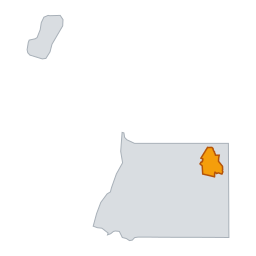 location of Nsoc Nsomo, Kié-Ntem, Equatorial Guinea
{"feature_id": "11065452B43435483695389", "entity_name": "Nsoc Nsomo", "entity_type": "district", "adm_level": 2, "iso_a3": "GNQ", "parent_name": "Equatorial Guinea", "parent_adm1": "Kié-Ntem", "projection": "natural_earth1", "projection_center": [11.077, 1.936], "detail": "fine", "context": "in_parent", "style": "filled", "palette": "amber", "viewbox_px": 256, "rotation_deg": 0, "n_neighbors": 0, "source": "geoboundaries", "source_scale": "gbopen_adm2", "svg_char_len": 2516}
<svg xmlns="http://www.w3.org/2000/svg" viewBox="0 0 256 256"><path d="M228.4,143.4L228.5,162.1L228.6,177.8L228.7,194.9L228.8,212.7L228.8,227.7L228.9,237.5L214.7,237.4L195.7,237.3L176.8,237.3L157.9,237.2L148.4,237.1L138.0,237.1L134.6,237.6L132.3,240.1L129.5,240.6L126.3,238.5L122.3,237.5L121.3,235.4L119.3,231.4L115.4,231.0L113.5,231.4L110.7,233.7L107.5,234.9L108.1,233.0L101.9,228.2L97.4,227.7L93.2,226.2L96.6,213.6L100.8,202.4L107.1,193.9L110.4,191.9L111.5,187.7L116.4,173.9L122.6,162.8L120.7,151.4L122.1,132.4L123.9,132.9L124.2,134.7L124.6,137.4L126.9,139.8L134.6,143.4L157.3,143.4L170.9,143.4L191.0,143.4L212.3,143.4L228.4,143.4ZM48.1,15.4L49.8,15.7L60.2,15.4L63.0,19.6L62.7,25.9L52.0,44.2L50.0,51.9L45.9,58.4L42.3,58.9L29.9,55.1L27.8,52.8L27.1,49.7L28.3,42.4L29.2,40.1L35.1,38.8L37.1,37.6L40.2,29.7L41.3,22.6L43.9,17.2L48.1,15.4Z" fill="#d9dde1" stroke="#a8b0b8" stroke-width="1"/><path d="M214.5,152.3L214.5,152.2L214.5,151.9L214.4,151.8L214.2,151.6L214.0,151.3L213.7,150.9L213.6,150.7L213.4,150.2L213.3,149.8L213.2,149.6L213.0,149.2L213.1,148.9L213.0,148.7L212.9,148.6L212.9,148.3L212.8,148.2L212.6,148.1L212.4,148.0L212.3,147.9L212.2,147.7L211.8,147.4L208.1,147.5L207.9,147.5L207.5,147.4L207.1,148.2L205.8,150.2L205.7,150.3L205.6,150.5L204.9,151.8L203.9,153.3L203.8,153.5L200.9,158.2L201.0,158.3L201.3,158.4L201.5,158.4L201.6,158.5L201.8,158.5L202.0,158.6L202.3,158.7L202.5,158.7L202.7,158.8L202.6,159.0L202.7,159.4L202.8,159.5L202.8,159.8L202.8,160.1L202.7,160.4L202.6,160.5L202.4,160.7L202.4,160.9L202.3,161.0L202.3,161.3L202.4,161.5L201.7,162.2L201.2,162.0L200.8,162.4L200.7,162.6L200.6,163.1L200.1,163.5L200.2,164.2L201.9,165.5L202.2,165.9L202.7,174.0L205.6,174.7L206.6,174.9L214.5,176.8L214.6,176.4L214.6,176.1L214.6,175.8L214.5,175.6L214.6,175.3L214.6,174.9L214.6,174.7L214.7,174.4L214.6,174.2L214.7,173.7L214.6,173.3L214.7,173.1L214.9,172.9L214.9,172.6L214.9,172.3L215.0,172.2L215.8,172.6L216.5,173.5L217.2,173.3L218.2,172.9L218.6,172.9L221.5,174.0L222.0,174.0L222.2,173.7L222.2,173.3L222.4,172.8L222.6,172.6L222.7,172.1L222.7,171.7L222.8,171.5L222.6,171.1L222.5,170.9L222.4,170.5L222.4,170.2L222.5,169.9L222.6,169.7L222.7,169.4L222.6,169.0L222.6,168.6L222.6,168.4L222.5,168.0L222.5,167.7L222.6,167.3L222.5,167.1L222.5,166.8L222.5,166.5L222.5,166.3L218.5,161.3L218.7,157.9L219.2,155.2L215.5,155.2L215.4,154.8L215.3,154.4L215.3,154.2L215.1,153.9L215.0,153.7L214.9,153.4L214.8,153.2L214.7,153.0L214.5,152.8L214.5,152.7L214.5,152.4L214.5,152.3Z" fill="#f59e0b" stroke="#b45309" stroke-width="1.5"/></svg>